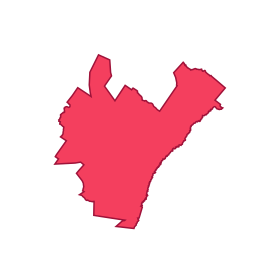 outline of Nuevo Casas Grandes, Chihuahua, Mexico, rotated 215°
{"feature_id": "50627088B65630298438261", "entity_name": "Nuevo Casas Grandes", "entity_type": "district", "adm_level": 2, "iso_a3": "MEX", "parent_name": "Mexico", "parent_adm1": "Chihuahua", "projection": "albers", "projection_center": [-107.777, 30.506], "detail": "fine", "context": "isolated", "style": "filled", "palette": "rose", "viewbox_px": 256, "rotation_deg": 215, "n_neighbors": 0, "source": "geoboundaries", "source_scale": "gbopen_adm2", "svg_char_len": 5616}
<svg xmlns="http://www.w3.org/2000/svg" viewBox="0 0 256 256"><g transform="rotate(215 128 128)"><path d="M71.3,216.6L89.3,218.3L90.1,218.6L91.0,217.7L91.9,218.0L94.0,218.0L96.4,218.3L97.4,219.1L98.1,219.2L98.5,218.4L98.9,218.0L98.9,217.6L99.6,217.3L99.9,217.6L100.6,217.7L101.4,218.4L101.8,218.2L102.0,217.6L102.4,217.4L103.3,216.5L104.2,216.3L105.4,215.5L105.7,215.6L106.1,215.4L106.4,215.5L107.1,215.2L107.4,214.6L107.8,214.3L108.3,213.1L108.9,212.8L108.9,212.6L109.3,212.3L109.4,212.0L110.0,211.4L110.8,211.8L112.1,211.6L113.0,211.7L113.8,211.4L114.4,211.7L115.2,211.8L116.2,212.3L116.5,212.1L116.6,212.3L116.8,212.2L116.9,212.4L117.1,212.3L117.1,212.5L117.3,212.4L117.4,212.6L118.2,212.5L118.5,212.7L118.7,213.1L120.5,213.5L122.3,199.5L117.9,196.7L113.9,192.9L112.7,190.8L112.0,190.8L111.7,159.9L114.6,159.8L116.9,160.4L119.2,160.4L121.3,161.6L122.0,161.8L122.7,161.8L123.5,161.6L124.6,160.8L125.8,160.3L126.3,160.5L127.7,160.4L128.4,160.8L129.1,160.7L129.5,160.3L129.7,159.7L130.3,159.7L132.2,158.9L134.2,161.1L135.6,161.6L136.7,161.6L137.1,161.8L137.8,161.7L139.3,162.3L140.5,162.3L141.2,163.4L141.5,163.7L141.9,163.6L142.2,163.8L146.7,163.6L146.9,163.4L146.9,161.4L154.8,161.3L154.3,142.8L171.3,148.8L171.4,161.2L174.1,163.5L182.0,173.3L194.1,171.0L191.2,151.8L184.4,141.0L179.0,135.1L176.3,132.6L192.3,132.2L192.2,122.8L192.7,114.2L190.8,114.0L190.2,113.7L189.8,113.9L188.7,113.6L187.8,112.1L188.2,110.9L190.3,110.4L190.6,110.2L191.1,109.6L191.5,109.0L191.3,108.4L191.7,107.9L191.7,107.6L190.3,106.1L190.0,105.9L189.8,105.4L189.1,104.8L189.3,103.9L189.5,103.7L190.0,103.7L190.2,102.5L190.6,101.5L190.6,101.0L190.9,100.3L190.6,99.7L190.2,99.6L190.0,99.4L189.7,98.5L189.4,98.3L189.3,97.8L189.5,97.3L189.1,96.2L189.2,95.4L189.1,95.2L189.3,94.9L188.9,94.6L188.6,93.9L187.9,94.0L187.2,94.3L186.9,94.2L186.7,93.1L186.2,92.2L186.0,92.4L185.3,92.4L181.9,91.9L181.5,92.1L181.0,91.8L180.2,90.0L179.9,89.5L179.6,89.3L178.6,87.0L178.2,86.7L177.8,85.5L177.9,85.3L177.7,85.0L177.8,84.5L177.6,83.9L177.8,83.7L178.1,82.7L178.2,82.0L171.2,82.2L171.3,65.0L171.1,62.8L167.2,62.8L167.2,56.5L151.2,69.0L147.2,72.9L143.0,72.5L143.9,65.0L144.2,61.3L135.9,58.7L135.1,58.4L133.2,57.3L132.6,56.8L132.0,56.0L130.7,54.7L130.4,53.9L130.0,53.2L129.8,52.1L129.1,51.1L129.1,50.5L127.5,50.6L129.5,45.5L127.1,46.3L126.4,46.2L125.7,45.9L124.3,45.9L123.5,45.7L123.1,45.7L121.9,45.0L120.7,44.9L120.0,45.2L119.7,45.8L117.3,46.0L116.8,46.4L115.1,47.1L114.8,47.5L114.5,47.5L114.4,47.9L113.7,48.4L105.9,36.8L77.6,50.8L77.8,50.1L79.0,49.1L79.4,48.5L81.3,40.5L65.5,49.1L66.0,50.8L65.6,53.4L66.0,53.7L66.4,54.5L66.1,55.1L66.1,55.5L66.6,56.6L66.2,57.7L66.2,58.5L66.6,58.8L67.3,58.8L67.7,59.3L67.6,59.8L68.1,59.9L67.3,60.6L70.7,70.8L70.7,71.1L71.5,71.6L72.6,71.4L72.5,71.8L72.0,72.3L71.8,72.6L72.2,72.9L72.8,72.9L73.2,73.6L73.5,73.8L73.4,74.6L73.8,75.1L73.8,75.5L73.6,75.8L73.1,75.8L73.0,76.7L73.5,77.1L73.5,77.3L72.9,77.5L72.7,77.8L72.8,78.0L72.8,78.4L73.3,78.9L73.4,79.4L73.1,79.8L72.5,79.8L72.3,80.1L72.8,80.9L73.3,81.0L73.2,82.0L73.5,82.7L73.2,83.7L74.4,83.6L74.2,84.6L75.0,84.7L76.2,87.7L75.7,87.8L76.0,88.2L76.2,88.4L76.3,88.6L76.2,89.0L76.5,89.4L77.1,89.8L77.3,90.1L77.4,91.9L78.1,92.1L77.9,93.4L78.3,93.8L78.3,94.6L78.8,94.6L79.1,95.0L79.0,95.3L79.1,95.8L79.3,96.2L78.9,96.2L79.0,97.8L79.7,98.9L79.6,99.3L79.4,99.5L79.5,100.1L79.7,100.5L79.5,101.2L79.6,101.7L80.4,101.7L80.4,103.3L80.5,103.7L81.2,104.4L81.3,105.0L80.9,105.3L80.7,105.8L80.1,106.6L80.0,107.1L80.7,107.0L81.2,107.1L81.2,107.5L81.0,108.1L81.2,108.8L80.9,108.8L80.8,109.2L81.0,109.6L81.3,109.6L81.4,110.2L81.3,110.4L81.1,110.4L81.0,110.9L81.3,111.7L81.3,112.1L81.1,112.1L81.3,113.0L81.1,113.4L80.6,113.4L80.6,114.2L80.6,114.5L80.9,114.5L81.1,115.5L80.9,115.6L80.5,116.3L80.3,116.9L80.6,117.2L81.5,117.3L81.6,117.6L81.6,118.0L80.8,118.2L81.0,118.8L81.2,119.4L81.5,119.6L81.4,119.8L81.7,120.5L81.0,121.2L81.6,122.6L80.5,123.1L80.4,123.4L80.6,123.8L80.0,124.3L80.3,125.2L80.7,126.7L80.5,126.9L79.9,127.0L79.7,127.3L79.8,127.7L80.1,127.9L80.2,128.1L79.7,128.6L79.6,129.0L79.3,129.4L79.6,130.5L79.5,131.4L79.2,132.1L79.4,133.0L79.0,134.4L78.8,134.6L78.3,134.6L78.2,134.8L78.6,135.5L79.3,135.9L79.4,136.2L79.2,137.4L78.7,137.5L78.4,137.3L77.8,137.8L77.3,138.5L78.1,139.6L77.7,140.0L77.4,140.0L76.9,140.3L76.9,140.5L77.2,140.8L77.2,141.2L76.9,141.4L75.8,141.5L75.6,141.6L75.6,142.0L76.4,143.2L76.4,143.5L75.9,143.8L74.6,144.2L74.7,145.1L74.2,145.7L74.2,146.0L74.7,146.8L74.8,147.8L74.7,148.9L75.0,149.4L74.9,149.7L74.4,150.0L74.0,150.9L74.3,151.4L74.9,151.5L75.3,151.9L75.4,153.0L75.2,153.4L75.5,154.2L75.5,154.7L75.3,155.1L75.3,155.5L75.9,156.4L75.8,157.3L75.3,157.8L75.5,158.8L75.3,159.1L75.1,159.2L75.0,159.6L75.2,160.6L75.9,161.0L75.9,161.3L75.5,161.6L75.4,162.1L75.7,162.6L76.5,162.9L76.7,163.4L76.6,163.8L77.2,164.2L77.4,164.7L77.1,165.4L77.6,165.8L77.4,167.0L76.9,167.5L76.9,168.2L76.8,168.7L76.9,169.4L76.6,170.0L76.1,170.2L75.7,170.9L75.9,171.7L75.7,172.1L75.7,172.5L74.6,172.9L74.6,173.6L74.1,174.6L73.4,174.3L72.9,174.7L72.9,175.2L73.1,175.7L73.0,176.1L73.4,176.7L72.9,177.9L73.2,178.7L73.1,179.7L73.5,179.9L74.1,181.0L73.4,181.2L72.7,181.7L72.5,182.7L71.8,183.4L72.1,183.6L72.0,183.8L71.4,184.2L71.5,184.8L71.0,186.3L70.9,186.9L71.0,187.2L71.5,187.5L71.5,188.0L71.3,188.4L70.8,188.6L70.6,189.0L70.2,189.3L70.1,189.5L70.2,189.9L70.6,190.0L71.0,190.4L70.8,190.9L70.5,190.8L70.3,190.9L69.9,191.8L69.8,192.0L70.1,192.9L69.9,194.2L69.5,195.0L69.2,195.2L68.7,195.4L68.1,195.3L66.4,194.7L63.8,195.5L63.0,196.4L62.3,196.9L61.9,198.8L63.5,198.4L63.7,198.6L64.4,198.6L65.1,198.8L65.6,199.4L65.8,200.4L72.7,200.7L71.3,216.6Z" fill="#f43f5e" stroke="#9f1239" stroke-width="1.5"/></g></svg>